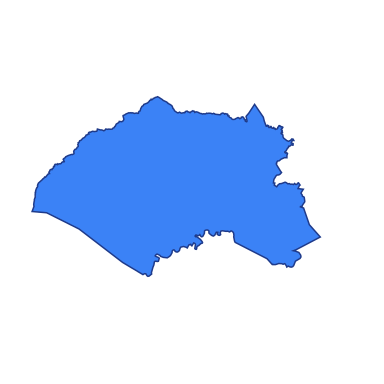 the district of Magude, Maputo, Mozambique, rotated 305°
{"feature_id": "85939544B12261721998883", "entity_name": "Magude", "entity_type": "district", "adm_level": 2, "iso_a3": "MOZ", "parent_name": "Mozambique", "parent_adm1": "Maputo", "projection": "albers", "projection_center": [32.464, -24.759], "detail": "fine", "context": "isolated", "style": "filled", "palette": "blue", "viewbox_px": 384, "rotation_deg": 305, "n_neighbors": 0, "source": "geoboundaries", "source_scale": "gbopen_adm2", "svg_char_len": 6029}
<svg xmlns="http://www.w3.org/2000/svg" viewBox="0 0 384 384"><g transform="rotate(305 192 192)"><path d="M299.7,193.0L289.1,193.3L285.0,192.9L281.9,196.2L281.2,196.6L280.8,196.4L280.6,195.1L281.7,194.2L281.4,193.4L282.3,192.3L282.7,190.5L281.6,189.5L280.9,189.8L279.5,189.2L279.7,188.5L279.4,187.9L279.4,187.0L276.7,185.5L276.2,185.5L275.0,184.1L274.6,183.2L275.1,181.7L274.7,179.9L275.1,178.8L275.5,178.7L275.0,177.5L276.1,176.9L276.2,176.3L275.7,175.7L275.6,174.7L274.5,174.0L274.7,173.4L274.4,172.0L273.0,170.9L271.8,171.0L271.4,170.7L269.0,166.4L268.9,166.0L269.1,165.6L268.8,164.5L268.2,164.3L267.6,163.6L267.3,162.3L266.0,160.3L265.3,159.7L264.9,158.7L264.3,158.6L263.5,158.0L262.8,156.7L261.9,155.9L261.6,154.5L261.1,153.8L260.7,151.0L260.3,149.9L259.9,149.2L258.8,148.7L259.4,147.3L258.9,146.6L259.0,146.1L257.0,145.1L256.1,145.1L255.7,144.4L255.8,143.5L255.3,142.8L255.5,141.6L254.4,140.6L253.4,140.4L253.1,140.7L252.6,140.4L252.5,140.0L250.4,138.0L250.3,136.0L249.1,135.4L248.5,134.6L248.5,131.1L249.4,129.6L249.5,128.4L250.1,127.8L251.1,126.1L251.2,124.0L250.9,123.2L251.1,122.0L250.8,121.6L251.2,119.8L250.5,115.8L250.7,114.8L250.5,110.1L250.2,109.0L249.7,108.9L248.3,107.6L247.4,107.4L246.5,106.6L245.2,106.6L244.1,105.8L244.4,105.3L243.6,105.4L242.6,104.8L241.8,105.0L239.4,104.5L236.1,102.3L234.8,102.5L233.4,101.9L230.8,102.2L228.7,103.0L227.8,102.4L226.8,102.4L225.8,103.0L225.4,102.7L224.9,101.3L223.2,99.6L222.9,98.1L222.1,97.2L222.0,96.5L221.1,95.8L220.8,94.9L217.8,93.0L216.7,92.7L215.1,91.7L214.7,91.9L212.5,94.5L211.0,94.8L209.3,94.2L208.1,91.9L207.0,92.2L204.2,91.0L201.6,91.4L201.2,91.1L200.0,91.3L199.0,90.6L197.6,90.5L196.2,88.6L195.9,87.8L195.1,87.2L194.1,85.2L192.7,85.2L191.6,84.7L191.1,82.5L190.4,81.6L189.3,78.4L187.7,79.1L187.1,79.1L185.4,77.2L184.8,75.8L183.4,74.8L182.8,74.7L182.3,73.7L181.5,73.3L180.9,73.4L180.5,74.2L180.1,73.7L179.1,73.6L177.9,72.6L176.7,72.8L174.9,72.6L173.3,71.7L171.0,71.5L169.5,70.6L168.1,71.0L167.0,70.5L166.6,71.1L165.2,71.3L164.9,72.1L164.0,72.7L162.6,72.3L161.7,72.5L160.4,72.3L159.8,71.7L158.2,71.6L157.1,72.0L156.2,73.1L155.6,73.3L154.1,72.6L153.7,71.8L150.9,69.7L148.3,68.3L147.7,68.5L145.5,67.7L145.1,68.1L144.8,67.9L143.6,70.0L143.3,69.9L142.8,69.0L141.4,68.3L140.6,68.5L139.8,68.2L138.7,66.8L137.6,66.3L137.8,65.8L137.1,65.8L136.9,64.9L136.2,64.0L135.2,64.0L134.8,64.4L134.3,64.2L134.0,64.6L133.2,64.1L132.8,64.5L131.7,64.6L131.0,64.1L130.1,64.5L129.3,63.3L128.5,63.1L127.2,63.5L126.1,63.4L125.5,64.5L125.3,64.2L124.7,64.3L124.1,63.8L120.1,63.5L119.8,62.7L117.9,62.7L117.0,62.2L116.5,62.3L111.2,61.1L109.5,61.4L108.6,61.8L108.4,62.2L107.1,62.6L106.6,62.4L105.0,62.7L102.8,63.4L102.3,64.0L101.3,64.0L100.6,64.9L100.1,64.9L97.6,66.7L96.9,66.7L94.9,67.4L94.4,68.0L93.5,68.2L90.8,69.6L89.6,70.8L84.3,72.2L91.6,84.8L96.9,120.7L94.5,175.5L96.2,199.2L97.8,199.9L98.5,201.0L97.6,203.2L97.6,204.2L98.5,205.1L101.7,206.0L102.5,205.1L107.8,203.2L110.4,202.6L113.1,201.3L114.2,201.5L115.3,203.6L116.0,204.2L119.0,203.2L119.1,202.1L118.4,198.8L118.9,198.3L120.4,198.6L121.1,199.0L121.3,199.6L121.7,202.0L121.3,203.2L122.0,206.0L123.9,209.5L126.6,210.6L127.8,210.8L130.8,210.5L132.3,209.6L133.9,209.9L134.3,210.5L134.1,211.6L133.7,212.1L133.8,213.4L134.7,214.7L136.8,215.3L139.0,214.5L140.5,214.5L142.5,216.3L143.4,218.9L143.4,220.2L146.8,219.8L148.4,220.9L147.9,221.7L147.8,222.8L151.3,222.6L151.5,223.7L151.2,224.8L147.2,226.8L147.1,227.7L147.5,228.4L148.1,228.4L149.6,227.6L150.5,227.5L152.2,228.3L154.7,228.8L156.1,229.8L156.7,229.6L157.2,228.7L158.0,226.1L158.1,221.5L157.4,220.6L157.6,219.9L158.0,219.7L159.1,219.9L159.5,221.4L160.1,222.5L161.6,222.8L160.7,224.9L160.8,225.6L161.4,226.1L162.1,226.3L165.2,225.9L167.3,224.6L168.2,224.8L169.3,225.8L169.9,226.8L169.8,228.2L168.1,229.4L167.9,230.1L167.7,233.0L168.1,234.7L169.5,235.4L173.0,235.0L173.8,236.3L171.8,237.0L171.8,238.3L172.1,239.2L172.7,239.7L173.5,239.9L174.8,238.5L176.6,238.1L177.7,239.2L179.2,242.3L180.3,243.7L180.9,245.8L182.4,246.2L182.8,246.9L182.6,248.9L182.1,249.7L180.4,251.3L179.2,251.9L176.2,255.0L175.5,256.2L180.4,291.7L178.6,299.4L179.2,299.7L179.3,300.5L180.5,302.1L183.2,304.1L184.8,306.7L185.1,308.1L186.4,308.9L186.5,309.4L185.7,311.5L184.9,312.7L186.5,313.3L186.7,314.8L187.3,316.3L188.5,317.3L190.0,317.5L194.7,316.4L199.5,318.6L201.3,318.5L202.6,317.3L203.8,314.2L202.8,310.4L202.1,308.8L204.3,310.3L228.7,322.9L232.5,306.9L242.9,292.6L242.0,289.3L242.3,289.2L243.5,290.4L244.7,290.0L248.6,290.0L249.3,289.5L251.9,287.1L252.2,286.2L251.8,285.0L252.8,283.9L253.4,282.2L254.2,281.8L258.1,281.6L255.6,276.9L259.2,276.2L259.7,276.5L260.6,274.0L259.8,273.5L258.9,273.6L257.9,273.0L257.6,272.3L257.9,271.2L256.3,270.8L255.8,269.3L254.9,268.5L254.7,266.8L253.7,265.9L253.7,263.6L253.4,262.6L250.3,260.5L249.0,259.0L247.1,258.4L244.9,258.4L244.8,255.5L246.8,254.7L246.1,253.5L249.2,251.9L253.4,251.6L254.6,251.9L255.8,253.3L257.0,253.9L259.3,254.2L260.0,252.2L262.9,245.5L263.8,244.7L264.4,244.8L264.7,244.4L266.4,244.3L267.7,245.6L269.9,246.1L273.2,248.1L274.5,250.1L276.4,248.8L278.3,248.2L278.5,247.2L278.3,246.8L277.7,246.6L277.6,246.1L277.7,245.3L278.1,245.0L279.5,245.5L282.7,245.1L283.7,245.5L284.9,244.9L285.6,245.8L287.7,246.4L288.0,247.5L288.4,247.9L289.6,247.1L289.1,245.1L291.2,244.7L292.1,245.0L292.6,245.8L293.3,244.5L292.7,243.3L290.9,243.1L288.9,242.0L288.5,240.2L288.7,236.2L289.4,234.9L290.8,233.8L291.0,233.0L290.9,231.8L291.2,231.3L292.5,232.1L292.8,231.8L292.2,231.5L292.4,231.0L294.1,230.6L294.1,229.9L294.8,229.6L294.6,229.2L295.3,229.1L295.8,229.4L296.4,229.0L296.9,229.4L297.2,229.1L296.9,227.8L296.4,227.2L296.7,226.6L296.4,226.1L296.6,225.7L296.2,225.2L295.6,225.4L294.0,225.2L293.5,225.6L292.7,225.6L291.3,224.6L291.6,224.1L291.2,223.7L291.6,223.3L291.1,222.8L291.7,222.0L291.6,221.7L290.6,221.7L290.3,221.2L290.3,220.1L290.7,219.7L290.2,219.4L290.7,218.9L289.0,218.2L289.2,217.3L290.0,216.9L289.5,216.2L290.1,216.3L290.0,215.7L289.9,215.4L288.7,215.4L288.5,214.9L291.5,210.6L294.2,207.5L299.7,193.0Z" fill="#3b82f6" stroke="#1e3a8a" stroke-width="1.5"/></g></svg>